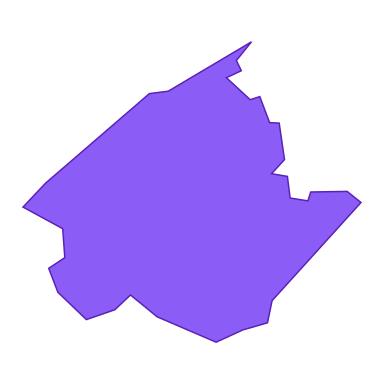 the district of Wirt, West Virginia, United States of America
{"feature_id": "52423323B46125568158444", "entity_name": "Wirt", "entity_type": "district", "adm_level": 2, "iso_a3": "USA", "parent_name": "United States of America", "parent_adm1": "West Virginia", "projection": "orthographic", "projection_center": [-81.353, 39.041], "detail": "fine", "context": "isolated", "style": "filled", "palette": "violet", "viewbox_px": 384, "rotation_deg": 0, "n_neighbors": 0, "source": "geoboundaries", "source_scale": "gbopen_adm2", "svg_char_len": 512}
<svg xmlns="http://www.w3.org/2000/svg" viewBox="0 0 384 384"><path d="M251.5,41.8L168.2,91.2L149.4,93.6L45.6,183.1L23.0,207.1L62.7,228.7L64.8,257.6L48.7,268.3L57.9,292.3L86.4,319.6L114.9,309.7L130.5,295.0L157.1,316.8L216.1,342.2L242.9,329.9L267.5,322.8L272.1,300.6L361.0,202.5L347.1,191.4L310.7,192.0L307.9,200.9L290.1,198.0L287.4,176.4L271.6,173.7L284.5,159.6L279.2,123.1L269.6,122.6L259.8,96.6L250.2,99.7L226.4,77.7L241.3,70.7L236.4,60.5L251.5,41.8Z" fill="#8b5cf6" stroke="#5b21b6" stroke-width="1.5"/></svg>